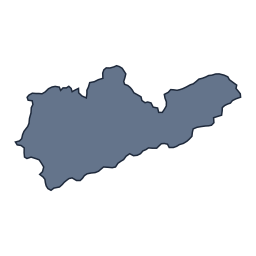 the district of Diogo de Vasconcelos, Minas Gerais, Brazil
{"feature_id": "56859067B48461497956719", "entity_name": "Diogo de Vasconcelos", "entity_type": "district", "adm_level": 2, "iso_a3": "BRA", "parent_name": "Brazil", "parent_adm1": "Minas Gerais", "projection": "mercator", "projection_center": [-43.177, -20.486], "detail": "fine", "context": "isolated", "style": "filled", "palette": "slate", "viewbox_px": 256, "rotation_deg": 0, "n_neighbors": 0, "source": "geoboundaries", "source_scale": "gbopen_adm2", "svg_char_len": 2186}
<svg xmlns="http://www.w3.org/2000/svg" viewBox="0 0 256 256"><path d="M170.7,89.6L168.3,92.3L164.3,94.4L165.0,98.1L166.4,101.9L166.3,106.0L164.4,109.3L162.3,112.4L158.7,112.4L157.6,108.0L153.1,107.1L151.0,102.9L147.7,102.0L145.0,102.7L141.9,100.5L141.0,96.8L137.5,94.8L133.9,92.8L132.1,89.8L130.3,87.6L127.8,85.5L124.6,84.3L123.7,81.5L124.9,77.6L125.8,73.9L123.9,70.9L122.2,68.3L119.4,66.6L116.6,65.7L113.9,66.9L109.9,68.0L106.2,67.9L103.9,69.8L102.7,73.1L102.9,78.3L98.3,79.7L94.3,81.7L89.7,82.6L88.4,87.1L86.9,90.3L86.9,93.8L86.3,97.9L82.0,96.0L78.7,92.8L78.5,88.4L75.4,89.9L72.1,91.7L71.1,88.4L68.8,86.3L66.4,87.9L63.0,87.9L60.6,90.4L59.3,87.1L55.2,86.4L52.0,87.0L48.5,88.7L45.1,92.0L42.0,93.8L39.1,93.5L36.1,93.5L32.3,93.2L28.9,95.1L27.1,97.3L28.1,100.2L32.2,100.8L32.9,104.5L31.3,107.7L31.0,112.9L29.5,118.3L29.0,123.3L27.7,126.5L26.0,128.7L24.0,131.3L22.6,134.6L21.7,138.7L19.5,140.9L15.4,142.0L17.2,144.9L21.1,145.5L24.2,147.9L24.1,152.7L24.5,157.0L26.9,158.5L31.1,157.1L36.1,158.7L39.1,159.8L41.1,162.7L43.7,167.0L42.5,171.7L39.7,174.4L43.1,177.0L44.9,179.3L45.4,182.8L46.2,185.9L47.9,188.6L51.0,190.3L53.9,188.1L59.5,187.0L62.3,184.5L64.2,182.3L66.4,180.5L68.9,178.6L72.1,177.9L76.5,180.5L80.2,180.5L82.4,178.4L84.4,175.6L87.1,173.8L91.1,173.0L95.2,172.6L98.6,171.2L100.8,169.3L103.5,167.0L108.1,167.3L112.2,167.7L115.5,167.0L117.9,163.3L120.9,161.2L123.6,159.6L126.1,156.2L129.7,153.7L133.5,155.7L137.2,155.3L140.5,153.7L142.9,150.9L145.8,149.7L148.5,147.9L152.7,148.2L156.7,148.2L159.0,145.9L161.4,143.7L164.4,143.5L167.5,144.2L169.2,147.5L173.4,147.5L176.7,146.3L179.4,144.6L183.4,143.4L187.0,141.2L189.3,139.1L191.9,136.3L192.4,132.1L193.2,128.9L197.0,127.3L201.0,126.6L205.4,126.0L208.7,125.8L211.5,125.2L213.9,122.7L213.6,117.7L217.4,116.5L221.6,115.2L222.2,110.6L222.3,107.6L224.7,105.5L227.5,104.1L230.4,103.1L232.4,100.6L236.0,98.8L240.6,97.2L240.3,93.8L238.2,91.1L236.0,88.5L236.7,85.1L233.0,82.4L229.4,79.7L227.8,76.8L224.0,75.1L219.2,73.9L215.6,74.0L211.8,75.2L208.7,75.5L205.7,77.0L202.3,78.3L198.9,79.1L196.2,81.5L193.3,83.8L190.3,84.8L186.3,87.0L182.7,88.7L180.0,89.6L177.1,90.3L173.5,89.8L170.7,89.6Z" fill="#64748b" stroke="#1e293b" stroke-width="1.5"/></svg>